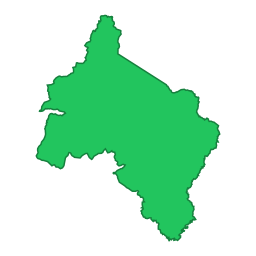 the district of Páez, Cauca, Colombia
{"feature_id": "7082276B49685507148696", "entity_name": "Páez", "entity_type": "district", "adm_level": 2, "iso_a3": "COL", "parent_name": "Colombia", "parent_adm1": "Cauca", "projection": "albers", "projection_center": [-75.976, 2.736], "detail": "fine", "context": "isolated", "style": "filled", "palette": "green", "viewbox_px": 256, "rotation_deg": 0, "n_neighbors": 0, "source": "geoboundaries", "source_scale": "gbopen_adm2", "svg_char_len": 5841}
<svg xmlns="http://www.w3.org/2000/svg" viewBox="0 0 256 256"><path d="M197.0,109.6L197.7,108.8L198.2,105.8L198.0,104.3L199.1,101.9L198.2,101.5L198.2,100.9L198.8,97.9L198.4,97.2L197.4,97.4L196.6,96.9L195.8,96.9L194.6,95.6L195.0,95.0L194.9,94.1L193.5,93.6L192.8,92.0L192.1,91.7L191.6,91.0L191.0,90.9L190.8,91.4L189.7,90.7L189.2,90.8L187.4,90.0L185.9,90.3L184.3,89.3L181.1,89.7L177.9,91.6L177.1,92.1L176.3,91.9L175.8,92.4L174.0,92.9L172.2,92.6L171.5,92.0L171.0,90.4L169.9,90.0L167.8,86.3L166.9,86.0L166.4,84.8L117.9,53.9L118.0,48.8L118.6,48.3L119.4,46.6L119.0,43.9L117.9,42.5L117.9,40.3L118.9,36.9L121.1,34.1L120.6,32.4L120.9,30.9L120.3,30.4L116.2,29.0L115.5,27.5L113.5,26.6L113.3,25.7L114.1,24.5L114.3,23.3L113.9,21.9L112.3,20.6L112.4,19.1L111.9,18.0L112.5,17.2L112.2,16.7L111.5,16.5L109.5,17.0L108.2,16.4L107.4,17.1L106.5,15.7L105.0,15.4L103.5,15.9L101.6,15.9L100.9,16.2L100.4,17.3L100.9,20.7L100.3,21.6L99.4,20.9L98.8,21.0L98.9,23.3L97.4,24.4L97.5,28.2L96.0,29.3L95.3,31.3L94.5,31.4L93.9,30.4L92.7,31.2L92.6,32.3L91.1,35.0L90.8,37.4L90.2,38.5L90.8,40.0L89.9,41.8L88.8,41.8L86.6,42.9L84.8,45.6L86.3,46.9L87.7,47.2L88.1,47.7L86.6,50.2L87.1,51.0L87.9,51.3L87.8,52.7L86.6,54.8L86.1,56.8L85.2,57.5L86.0,59.2L86.0,60.4L85.0,60.9L84.0,62.6L82.8,63.4L78.6,63.3L77.4,62.8L76.5,62.9L75.7,66.8L72.9,67.5L73.5,69.0L73.6,71.8L73.2,72.8L70.8,73.5L70.5,74.1L68.7,75.1L67.2,76.4L63.2,76.5L61.7,76.9L59.7,76.1L58.7,76.3L56.1,77.9L54.0,80.3L53.6,81.6L54.1,82.9L53.9,83.4L51.3,84.7L47.3,85.1L48.2,87.4L47.7,91.0L49.0,92.4L48.6,93.5L49.4,96.5L49.1,97.4L49.7,98.2L50.5,98.6L50.5,99.4L48.7,100.9L44.4,102.4L41.8,106.6L41.4,109.8L39.8,110.5L39.5,111.2L39.9,111.4L42.0,111.2L43.2,110.7L45.6,108.6L47.0,109.0L47.8,108.6L49.4,108.9L50.5,108.6L53.4,109.6L55.5,109.6L57.1,109.1L58.5,109.8L59.3,110.9L64.4,112.0L65.4,113.2L63.0,114.7L62.6,115.5L61.8,115.7L60.8,115.1L58.7,115.5L56.7,114.8L55.5,113.9L53.4,114.3L51.9,113.5L50.3,113.8L48.8,115.8L48.3,118.8L47.8,119.0L47.9,119.8L47.1,120.1L46.6,121.0L47.1,122.3L46.7,122.2L46.3,123.4L46.6,125.0L45.4,126.4L45.3,127.9L44.8,128.8L45.3,129.9L45.6,134.2L45.1,136.3L43.8,139.3L41.6,142.0L40.9,144.5L38.9,146.4L37.7,148.6L37.6,150.2L38.1,152.7L36.3,155.9L37.0,157.5L38.0,158.6L39.7,159.0L42.0,160.3L43.6,160.4L47.6,161.6L51.9,165.8L53.6,164.9L54.6,164.9L56.0,167.0L58.1,167.1L60.4,168.7L62.5,167.8L63.9,165.7L65.4,158.0L66.3,156.7L67.8,155.6L68.9,152.6L70.0,152.7L71.0,153.4L71.1,154.3L72.2,155.8L73.7,156.5L74.3,157.3L79.7,157.9L80.4,157.8L81.5,156.2L83.5,154.7L85.7,153.5L87.3,153.4L89.3,157.5L91.6,159.4L92.3,158.9L94.0,156.2L97.6,154.1L98.1,153.5L101.4,153.3L102.8,152.4L103.6,150.6L105.4,148.8L107.7,152.8L109.6,152.4L111.8,150.8L112.3,151.9L112.8,151.7L113.7,152.2L114.7,152.2L115.3,154.8L114.4,156.2L114.4,157.6L115.3,159.0L115.3,160.2L117.6,161.8L117.7,163.0L117.2,163.7L117.2,164.4L119.0,165.9L121.0,165.4L122.5,164.5L123.7,164.4L124.1,164.9L125.1,165.0L124.2,166.7L122.7,167.9L122.5,168.5L121.1,168.6L117.2,170.5L115.5,172.4L113.5,172.6L113.2,173.1L113.6,173.7L115.4,173.6L116.3,174.3L117.6,176.4L117.6,177.7L119.4,182.2L124.6,185.7L126.8,187.7L128.4,188.4L132.3,191.2L135.5,191.3L137.2,190.6L138.0,190.8L138.5,191.5L137.5,193.2L137.6,194.7L139.8,195.5L140.6,197.2L142.6,197.3L143.6,199.0L143.3,200.8L144.3,201.8L142.3,202.2L142.2,204.4L142.7,207.1L141.7,207.8L143.0,208.1L143.3,208.9L141.0,211.0L141.8,212.1L141.6,213.5L142.5,214.7L143.5,217.0L144.9,217.1L145.4,218.2L147.3,218.6L149.7,217.8L151.1,217.9L151.1,219.2L153.2,221.4L154.0,220.2L154.6,220.9L156.0,220.4L156.7,222.7L158.4,223.0L158.9,224.0L158.3,225.6L158.3,229.1L160.2,229.8L160.9,233.0L162.1,233.2L162.6,234.5L163.7,234.1L164.3,234.4L165.0,235.5L166.7,236.5L166.6,237.7L168.8,237.4L168.6,238.1L167.6,238.4L167.9,238.7L169.3,238.9L168.8,239.7L169.0,240.6L169.4,240.6L169.5,240.0L170.3,239.1L171.5,239.8L172.0,239.0L174.5,238.3L174.7,238.6L173.9,239.8L173.9,240.3L176.3,239.7L177.6,240.4L180.5,237.5L180.6,235.9L179.2,235.6L179.0,235.1L179.2,234.6L182.2,232.4L182.1,231.7L181.3,230.7L181.6,229.9L182.4,229.6L182.2,231.0L182.7,231.5L184.1,231.3L184.4,230.8L183.0,229.5L183.2,228.6L184.3,227.9L185.8,228.4L186.6,228.0L187.3,228.1L187.7,227.7L187.6,226.4L186.1,227.2L185.4,227.0L185.1,226.3L185.3,225.6L186.4,224.8L188.7,224.0L189.3,223.0L190.3,223.0L190.5,222.3L190.1,221.3L190.6,220.7L191.3,220.8L191.3,222.1L191.9,222.2L192.5,219.6L193.5,219.3L193.8,219.9L194.2,219.9L195.7,219.5L194.1,217.0L192.9,216.4L192.6,215.5L193.0,214.0L192.8,212.0L194.0,209.2L193.6,208.0L193.8,206.4L192.9,206.3L192.4,205.7L192.1,204.5L191.5,204.0L191.9,203.1L191.0,202.1L190.2,202.0L189.9,201.1L188.1,200.1L187.3,198.7L188.6,197.5L188.6,196.2L188.3,195.7L188.7,194.8L188.5,194.4L187.8,194.3L187.7,193.1L187.1,193.3L186.4,192.4L186.4,191.9L187.1,191.3L186.9,190.3L187.2,189.2L187.5,188.7L188.1,188.7L187.9,188.0L189.0,188.0L190.2,187.4L191.1,186.2L191.4,184.9L192.0,184.2L191.5,183.5L191.6,182.1L192.3,181.6L192.1,180.5L193.7,179.4L193.7,178.8L195.3,179.1L197.2,177.2L197.6,175.6L198.5,175.5L197.9,174.5L199.9,172.1L199.6,171.5L200.5,170.0L200.6,168.9L201.5,168.8L201.9,168.1L202.8,167.8L201.9,167.0L204.1,166.3L204.0,165.0L204.8,164.6L203.9,162.6L204.1,160.3L204.6,159.6L204.0,158.9L204.9,158.3L204.8,156.2L206.1,155.9L207.0,156.4L207.8,155.7L208.9,153.9L210.0,153.0L210.1,151.4L211.1,149.3L212.7,149.5L213.6,149.1L214.3,148.2L216.0,148.0L216.6,145.1L216.2,144.0L216.3,142.6L217.0,141.6L218.1,141.9L217.6,140.7L216.9,140.3L217.1,139.1L217.8,138.2L217.4,136.6L218.2,136.1L218.5,134.8L219.5,134.5L219.7,134.1L218.8,131.3L217.9,130.1L217.4,127.9L218.0,127.2L218.5,125.7L213.9,122.1L213.0,122.1L211.1,121.2L209.2,121.4L208.4,119.9L208.4,119.1L207.0,118.2L206.5,118.3L205.8,119.3L204.5,119.9L204.0,118.7L203.2,118.8L201.7,117.5L200.4,117.3L199.8,116.2L199.0,116.6L198.5,115.2L197.9,114.6L197.3,113.1L196.6,112.4L197.0,109.6Z" fill="#22c55e" stroke="#15803d" stroke-width="1.5"/></svg>